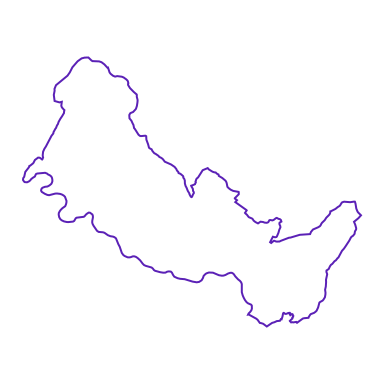 outline of Criciova, Timis, Romania
{"feature_id": "2599482B5621760837960", "entity_name": "Criciova", "entity_type": "district", "adm_level": 2, "iso_a3": "ROU", "parent_name": "Romania", "parent_adm1": "Timis", "projection": "natural_earth1", "projection_center": [22.079, 45.641], "detail": "fine", "context": "isolated", "style": "outline", "palette": "violet", "viewbox_px": 384, "rotation_deg": 0, "n_neighbors": 0, "source": "geoboundaries", "source_scale": "gbopen_adm2", "svg_char_len": 5962}
<svg xmlns="http://www.w3.org/2000/svg" viewBox="0 0 384 384"><path d="M248.1,314.6L248.7,314.5L256.3,318.7L257.6,319.8L259.8,322.9L261.4,323.2L263.2,323.8L266.8,326.5L272.1,322.9L274.5,322.2L276.8,321.1L279.9,320.8L280.9,319.1L281.6,319.3L282.5,316.5L283.0,313.8L283.2,313.2L283.6,312.9L283.9,312.9L285.2,313.9L286.5,313.8L288.2,313.0L289.8,312.8L290.3,313.3L290.1,313.9L289.7,314.2L290.3,315.2L291.5,314.3L292.2,314.1L292.6,314.3L292.8,314.7L292.9,315.7L293.2,315.9L292.9,316.5L293.1,316.8L292.2,317.9L292.4,318.5L289.8,320.9L290.0,321.3L290.5,321.6L291.1,322.4L292.5,322.2L293.2,322.4L296.3,321.9L296.7,322.1L296.8,322.7L297.0,322.8L302.9,318.5L304.2,318.2L308.5,317.8L308.8,316.9L310.2,314.7L310.8,314.1L314.0,312.9L315.4,311.9L316.6,310.7L318.1,307.5L319.4,302.6L320.1,302.0L322.6,300.6L323.4,299.7L324.9,297.3L325.4,294.6L325.5,292.7L325.1,289.7L325.8,286.6L326.1,282.1L326.0,279.8L327.2,274.2L326.4,271.9L326.5,270.5L328.7,269.0L330.0,266.2L331.0,264.8L332.3,263.9L334.5,261.2L335.9,260.3L337.5,258.2L338.4,257.5L342.0,250.8L343.9,248.7L345.5,246.4L349.3,240.6L350.8,237.7L351.5,236.8L353.1,235.7L354.6,233.8L354.8,232.1L355.1,231.1L356.1,229.5L356.2,228.2L355.2,224.6L354.0,221.8L358.4,218.2L361.0,215.3L358.1,212.4L357.5,211.5L356.3,208.6L355.5,203.6L354.9,201.7L354.1,201.6L350.2,202.2L344.1,201.7L342.2,202.3L341.4,203.2L340.1,205.4L339.5,206.0L337.7,207.1L335.5,208.9L331.2,211.1L330.3,211.4L330.3,212.4L329.8,213.9L329.0,215.0L326.3,217.7L324.7,220.2L322.0,222.8L321.2,224.0L320.9,224.8L320.0,226.1L318.3,227.2L313.0,229.5L311.0,231.9L310.1,234.1L299.8,234.8L290.4,237.6L289.0,237.7L280.9,240.8L279.5,241.5L276.8,241.6L275.7,241.4L274.4,240.8L273.8,240.8L271.2,243.0L270.1,242.2L272.9,236.7L275.1,237.3L276.4,237.0L276.9,236.4L278.4,232.9L279.3,229.7L280.4,227.4L280.3,226.1L279.5,224.4L279.4,223.3L279.6,222.6L281.4,221.6L280.9,220.0L279.8,219.1L278.6,218.9L276.8,217.9L275.9,218.2L273.7,219.9L272.5,220.4L270.0,220.0L269.3,220.3L268.4,222.0L268.1,222.3L266.8,222.8L264.6,222.6L263.0,222.0L260.5,221.7L258.0,223.4L255.5,222.1L253.6,220.6L252.7,219.1L252.0,218.5L248.9,217.2L248.4,216.7L246.9,214.7L245.5,213.5L245.0,212.9L246.7,210.4L246.5,210.1L235.3,202.1L237.0,200.2L234.8,198.5L234.8,198.2L238.7,194.3L238.8,193.0L238.6,191.9L233.2,190.9L230.7,189.7L228.6,188.1L227.4,186.8L226.7,183.2L226.2,181.8L225.5,180.7L222.3,178.0L218.8,175.9L218.5,174.5L216.9,173.7L215.7,172.5L214.2,172.3L212.5,171.7L208.8,169.4L207.7,168.1L202.7,170.2L198.1,177.4L196.8,178.5L196.3,179.2L195.5,181.7L195.8,182.1L195.8,182.6L195.2,183.4L195.0,184.2L192.5,185.3L191.2,185.7L191.4,186.4L192.8,188.7L193.1,191.0L193.8,192.2L193.8,192.7L193.8,193.2L193.0,194.4L192.3,196.2L191.9,196.9L191.6,197.1L190.8,196.7L189.5,194.3L189.4,193.5L187.8,190.9L186.5,187.6L185.6,186.0L184.9,183.5L184.8,180.5L184.2,178.8L183.3,177.7L183.3,176.6L182.9,175.9L180.4,173.8L178.6,173.1L178.2,171.8L177.0,170.6L176.3,169.0L174.6,166.9L171.1,164.5L164.8,161.7L162.9,159.2L162.0,158.4L160.6,157.5L159.4,157.0L158.4,155.8L155.5,153.8L154.4,153.3L153.8,152.7L152.3,150.8L151.6,149.3L150.0,148.5L149.0,147.7L148.1,144.3L146.4,139.7L146.2,136.2L145.8,135.9L145.3,135.7L140.9,136.1L139.8,135.8L138.5,134.7L134.9,129.0L134.1,128.1L133.4,124.8L132.8,123.8L131.4,120.7L129.5,118.4L129.3,115.7L129.4,114.7L130.4,113.1L133.1,112.0L135.7,109.2L136.1,108.4L136.9,105.9L137.4,102.7L137.6,100.7L137.5,99.5L136.8,96.9L136.8,95.0L136.7,94.5L133.7,91.9L130.0,88.1L128.2,85.2L128.0,84.0L128.3,83.5L128.3,83.0L127.9,81.4L127.5,80.6L126.3,79.4L123.7,77.5L121.8,76.7L117.2,76.1L115.1,76.6L113.1,75.8L110.7,73.9L109.6,72.5L108.0,67.6L107.5,67.8L104.4,64.4L101.5,62.2L99.1,61.4L92.4,61.1L91.3,60.3L88.4,57.5L84.7,57.6L81.6,58.4L77.6,61.3L72.4,67.3L69.8,72.4L67.5,75.7L56.0,85.2L54.5,88.9L54.6,90.8L53.8,94.9L54.6,101.0L59.5,102.4L61.8,101.8L61.3,105.8L61.9,107.4L63.9,109.7L64.4,110.1L64.0,112.1L64.0,113.0L62.1,116.2L60.4,118.7L58.6,121.9L57.9,124.1L57.0,125.4L56.0,128.0L55.4,128.7L53.5,132.2L53.3,133.5L51.5,135.8L45.9,146.5L44.4,148.8L43.1,151.7L42.7,155.2L42.9,156.9L43.1,157.4L42.5,159.1L42.1,159.5L40.2,158.0L39.5,157.7L38.1,157.6L34.9,160.0L33.5,162.8L33.0,163.4L30.0,165.8L29.4,165.9L28.9,167.3L25.3,171.9L24.2,176.8L23.2,178.2L23.0,179.9L24.0,181.5L24.7,182.1L27.0,182.3L28.8,181.5L30.1,180.5L31.2,179.1L32.8,177.8L34.9,176.5L35.6,174.8L36.2,173.9L37.5,173.5L45.1,172.8L47.1,173.6L48.1,174.5L49.7,175.2L51.3,176.5L52.0,177.9L52.3,179.3L52.4,181.1L52.0,182.5L51.3,183.9L49.5,185.4L47.5,186.5L45.0,186.8L42.6,187.7L41.8,188.4L41.4,189.1L41.1,190.3L41.2,190.9L41.8,191.9L44.8,193.8L47.3,194.9L49.1,195.2L55.2,193.6L57.0,193.5L60.1,193.9L61.9,194.5L63.8,195.6L65.0,196.8L66.5,200.9L66.4,202.6L66.0,204.3L65.2,206.2L62.4,208.2L60.7,209.9L59.7,211.3L58.8,213.1L58.7,214.7L59.2,217.2L60.3,219.1L61.7,220.3L64.0,221.4L66.7,222.0L68.2,222.1L73.0,221.6L74.2,220.9L75.7,218.3L76.6,217.7L83.8,216.8L84.9,215.9L86.0,214.5L87.4,213.4L88.7,212.6L90.0,212.7L92.4,214.5L92.9,216.0L92.9,217.6L92.3,220.6L92.2,222.3L92.5,223.7L93.5,225.7L97.0,230.8L98.6,231.9L103.0,232.3L104.5,232.8L107.9,235.2L110.4,236.2L113.0,236.6L114.5,237.2L116.0,238.4L118.4,244.3L119.7,246.7L121.8,252.9L123.3,255.0L124.6,256.0L127.6,257.3L129.1,257.4L130.6,257.2L133.0,256.3L134.1,256.3L135.8,256.8L137.6,258.0L140.2,260.4L142.7,263.7L144.1,265.1L145.9,265.9L151.6,267.5L152.9,268.6L153.9,270.0L155.1,270.8L160.2,272.2L163.3,272.7L165.5,272.6L167.1,271.7L168.8,271.4L170.8,271.6L171.9,272.6L173.1,275.0L174.3,276.7L177.6,278.2L180.1,278.8L184.7,279.2L192.6,281.6L196.7,282.3L199.1,281.9L201.6,280.3L202.9,278.1L203.7,275.8L205.7,273.8L207.1,273.1L209.0,272.5L213.0,272.7L218.9,275.2L221.9,275.7L223.5,275.6L225.4,275.0L228.1,273.5L230.3,272.8L231.8,272.8L232.9,273.4L233.8,274.2L235.3,276.4L238.0,279.3L240.0,280.9L241.2,282.4L241.8,284.1L241.8,292.2L242.7,295.4L243.7,297.7L245.0,300.1L246.6,302.2L248.0,303.3L251.2,304.7L251.8,305.6L251.9,308.6L251.3,310.4L250.1,312.0L248.6,313.5L248.1,314.6Z" fill="none" stroke="#5b21b6" stroke-width="2"/></svg>